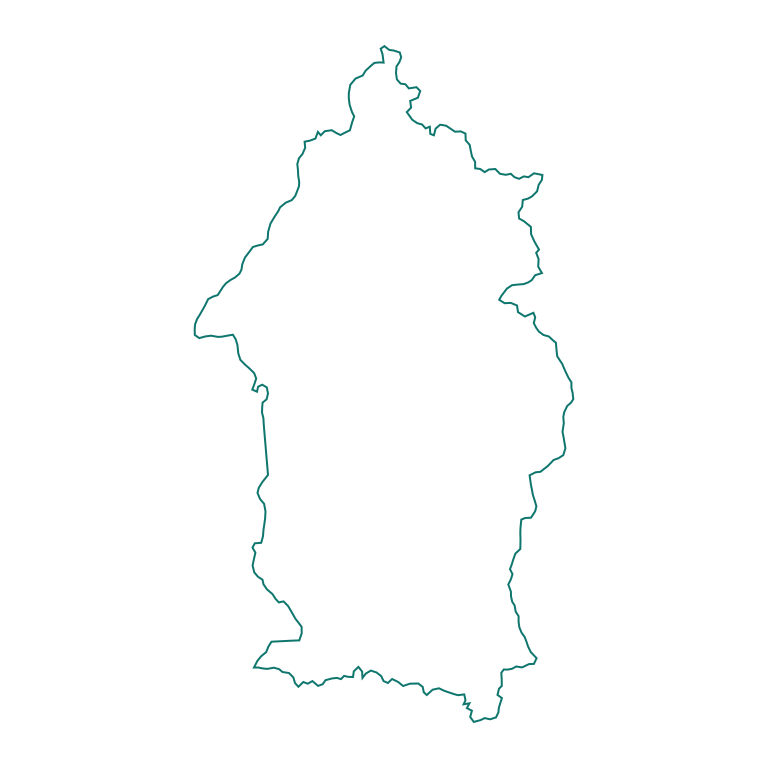 Casa Branca, São Paulo, Brazil (Robinson projection)
{"feature_id": "56859067B40720092622616", "entity_name": "Casa Branca", "entity_type": "district", "adm_level": 2, "iso_a3": "BRA", "parent_name": "Brazil", "parent_adm1": "São Paulo", "projection": "robinson", "projection_center": [-47.085, -21.789], "detail": "fine", "context": "isolated", "style": "outline", "palette": "teal", "viewbox_px": 768, "rotation_deg": 0, "n_neighbors": 0, "source": "geoboundaries", "source_scale": "gbopen_adm2", "svg_char_len": 4432}
<svg xmlns="http://www.w3.org/2000/svg" viewBox="0 0 768 768"><path d="M536.6,658.2L530.8,652.1L528.1,646.6L526.6,642.1L524.8,637.3L521.5,632.5L519.4,627.5L518.6,622.0L518.6,616.2L515.7,611.7L514.6,605.5L512.2,601.7L511.0,596.4L510.9,591.6L508.3,584.5L511.0,579.0L512.5,574.1L510.0,569.2L512.0,563.7L513.3,559.4L515.4,553.6L520.3,549.0L520.5,540.0L520.3,533.3L520.5,527.8L521.3,519.6L525.1,518.0L531.0,517.7L535.2,511.2L536.4,506.3L534.6,500.2L532.9,495.0L532.1,490.7L530.9,484.5L529.6,475.3L535.6,472.3L540.4,471.8L547.8,466.0L553.6,460.0L558.5,458.2L563.3,455.1L565.4,448.3L563.7,437.9L562.5,431.8L563.8,423.2L563.3,417.1L564.2,412.2L567.2,406.0L571.0,402.7L573.3,399.1L572.6,392.9L571.4,387.9L571.4,382.3L568.5,377.8L565.9,372.4L563.9,368.0L562.3,364.0L560.0,360.6L557.2,356.3L556.5,349.8L555.9,342.7L552.8,340.2L548.9,336.5L543.5,335.0L538.9,331.6L536.2,327.8L533.8,323.1L535.2,317.3L533.4,312.8L524.9,316.5L518.0,312.1L517.0,305.5L510.8,302.9L504.6,303.2L499.2,299.8L501.3,296.0L506.9,288.6L512.0,285.2L517.3,284.6L523.6,284.1L527.8,282.6L531.7,280.2L535.2,275.2L541.9,273.1L538.2,266.6L538.6,259.1L536.2,252.8L539.0,249.6L534.4,241.5L531.1,234.2L530.9,226.9L523.9,221.2L519.1,218.5L518.5,212.3L522.2,206.7L522.8,200.0L528.0,198.6L532.1,196.3L537.1,191.3L538.7,184.8L541.9,179.8L542.4,175.0L538.6,174.2L534.0,173.3L528.4,177.2L523.9,176.4L519.1,178.8L514.5,177.2L510.8,173.8L505.8,174.8L500.0,173.8L495.3,169.0L488.9,169.5L484.7,172.1L480.2,169.0L475.2,168.3L475.1,161.8L472.0,156.5L470.7,150.4L469.7,144.9L465.7,140.3L465.5,133.6L460.8,131.4L455.0,131.7L446.1,125.7L440.2,124.7L435.6,128.6L433.9,135.3L430.3,133.9L429.8,126.7L425.6,128.4L422.1,124.5L417.3,123.2L412.2,119.7L406.8,112.1L411.1,107.6L410.2,100.9L417.9,97.7L420.2,91.0L416.5,87.2L408.8,88.4L405.5,84.3L400.6,83.6L396.9,79.4L396.0,73.1L396.5,66.4L399.3,62.3L401.2,57.3L399.8,52.5L394.0,50.6L389.2,49.9L384.4,46.1L380.7,48.7L382.5,54.2L383.6,62.6L379.4,62.4L374.4,62.9L371.0,65.7L365.6,70.7L362.7,75.5L355.5,78.6L350.3,84.8L348.8,93.2L348.8,98.5L349.6,104.7L352.0,112.1L354.2,116.4L352.2,122.1L349.9,130.3L344.5,132.9L340.5,135.0L336.5,133.1L331.7,130.2L324.8,131.2L320.8,135.3L317.9,131.9L315.4,138.6L310.0,140.6L304.6,141.7L305.2,147.7L302.5,154.0L299.0,158.2L297.3,164.0L298.0,170.5L298.2,175.5L299.2,181.9L299.0,186.2L297.2,191.0L295.2,196.0L291.8,200.1L285.7,202.7L280.1,207.3L278.3,211.1L275.1,215.9L270.5,223.5L268.1,231.9L267.7,238.8L262.8,244.4L257.7,245.5L252.9,247.0L249.5,251.6L245.0,257.5L242.3,264.2L241.5,269.5L239.5,273.6L235.1,277.4L230.5,280.0L226.2,283.1L223.1,286.7L217.7,295.1L213.2,296.5L208.2,299.1L204.6,306.3L199.7,314.9L197.1,319.0L195.1,324.3L194.7,328.7L194.8,335.0L199.3,338.1L205.5,336.4L211.1,335.7L217.9,336.9L221.8,336.7L226.2,335.9L232.9,334.7L235.7,339.3L237.4,344.9L238.3,353.4L240.4,359.9L245.0,364.6L248.7,367.8L254.1,373.0L256.2,378.5L254.8,382.9L252.3,389.6L257.0,391.7L258.1,386.7L262.2,384.7L266.8,387.4L268.0,393.4L266.6,399.3L262.6,402.6L262.2,407.2L262.0,412.5L263.4,418.2L263.8,425.2L268.0,474.9L262.4,482.0L258.8,487.8L257.5,492.9L260.1,499.1L264.1,503.8L265.5,511.5L265.1,518.5L264.5,523.0L263.5,529.7L263.0,536.2L261.2,542.8L254.8,543.3L252.5,547.6L255.4,552.7L254.0,558.8L252.6,565.5L254.3,572.4L258.0,576.8L262.5,579.7L263.5,584.3L266.8,589.2L272.5,594.1L275.5,598.8L278.8,602.4L283.5,601.4L288.1,606.0L291.6,612.0L295.4,618.7L298.2,622.3L301.6,626.8L301.7,633.3L299.3,640.4L291.4,640.7L271.5,641.7L268.4,646.6L266.2,652.1L261.4,656.0L257.5,660.7L254.0,667.5L258.3,667.5L262.4,668.4L267.2,668.9L273.9,667.7L279.2,669.2L282.5,672.0L288.9,673.0L293.3,677.3L295.0,683.0L298.4,686.8L303.3,682.0L307.7,683.7L312.4,681.1L318.1,685.9L322.7,684.2L325.5,680.2L331.8,678.5L336.8,677.9L341.0,679.1L344.1,675.9L347.8,676.8L353.0,677.0L353.8,671.3L358.4,666.9L362.1,671.5L362.5,677.9L365.8,673.6L370.8,670.6L376.4,672.4L381.2,676.1L383.6,681.1L387.9,683.0L392.1,679.0L398.2,682.0L403.1,686.0L409.9,683.7L418.3,683.5L422.7,686.9L423.8,692.3L426.8,695.0L432.6,689.7L439.0,688.3L444.0,690.7L448.6,692.3L454.3,694.2L458.1,695.2L464.2,694.4L465.5,700.2L463.6,704.3L469.4,703.3L466.9,708.1L471.9,710.7L470.2,717.0L473.8,721.9L480.3,720.2L484.7,718.1L490.1,719.3L496.0,717.4L498.4,712.4L498.9,707.6L500.2,703.4L501.9,698.1L497.5,694.9L499.0,688.7L501.8,685.9L501.7,678.9L501.3,672.9L503.7,669.5L507.7,669.6L512.2,668.7L516.2,666.5L522.1,667.4L529.0,664.1L533.9,663.9L536.6,658.2Z" fill="none" stroke="#0f766e" stroke-width="2"/></svg>